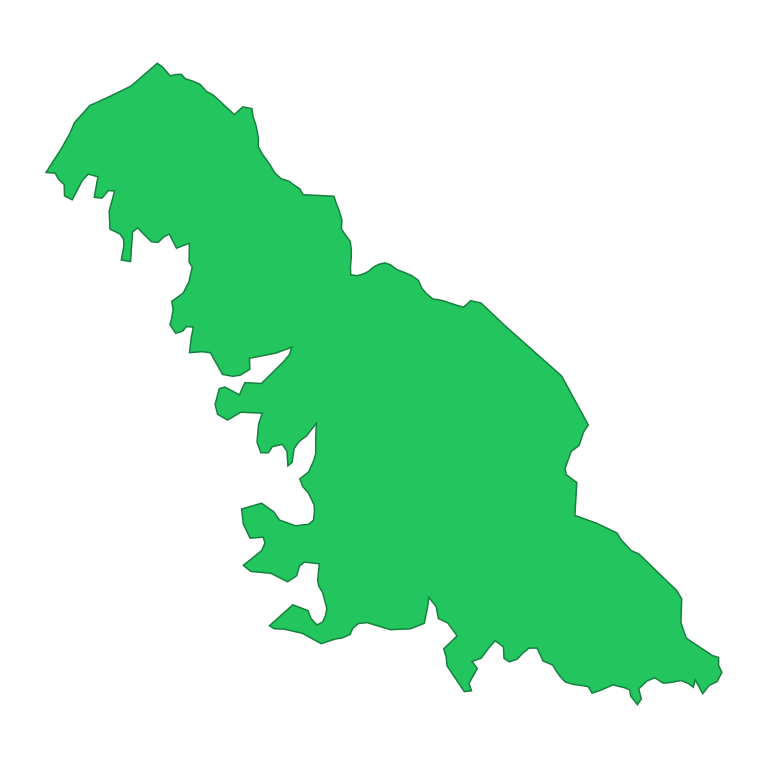 São Nicolau, Rio Grande do Sul, Brazil
{"feature_id": "56859067B99796327021212", "entity_name": "São Nicolau", "entity_type": "district", "adm_level": 2, "iso_a3": "BRA", "parent_name": "Brazil", "parent_adm1": "Rio Grande do Sul", "projection": "robinson", "projection_center": [-55.266, -28.189], "detail": "fine", "context": "isolated", "style": "filled", "palette": "green", "viewbox_px": 768, "rotation_deg": 0, "n_neighbors": 0, "source": "geoboundaries", "source_scale": "gbopen_adm2", "svg_char_len": 3451}
<svg xmlns="http://www.w3.org/2000/svg" viewBox="0 0 768 768"><path d="M561.7,376.1L504.5,325.3L480.9,302.9L470.7,300.7L463.7,307.1L458.4,305.8L451.7,303.6L444.2,301.1L439.0,299.8L432.9,299.0L426.3,293.6L421.6,287.8L418.6,280.6L411.6,275.5L404.0,272.3L397.0,269.7L390.5,264.8L385.0,262.9L379.5,264.1L374.1,266.6L368.6,271.3L363.7,273.8L357.2,275.7L350.7,274.8L350.5,266.6L351.3,257.1L351.3,249.0L350.2,241.4L345.2,234.6L341.4,229.0L341.9,219.9L339.2,210.7L336.6,204.2L333.9,196.2L303.1,194.7L299.7,188.7L294.3,185.2L288.7,181.1L281.3,178.8L274.8,172.9L270.4,165.4L266.7,160.0L262.3,154.1L258.3,146.6L258.4,138.9L257.3,132.1L255.9,125.0L253.1,116.9L251.9,108.6L242.7,106.9L234.3,114.6L213.4,95.2L206.5,91.4L199.9,84.2L192.4,81.0L185.2,78.7L181.3,74.3L176.0,74.5L170.2,75.8L162.4,66.8L157.2,63.3L137.5,80.5L130.9,86.1L110.3,96.2L95.9,102.8L89.8,105.5L74.4,122.7L70.0,133.2L60.6,149.9L53.0,161.5L46.1,172.4L55.1,173.2L58.7,179.4L64.2,184.6L64.5,195.9L72.2,199.8L82.4,180.3L88.2,174.1L97.9,176.8L94.3,197.4L102.1,198.1L108.3,190.6L114.6,191.0L109.2,211.1L110.0,229.2L120.0,234.0L123.6,239.2L123.8,246.3L121.3,260.0L130.5,261.6L132.6,231.9L137.6,227.9L151.4,241.8L158.0,242.4L164.3,236.6L169.3,234.0L176.5,248.2L189.4,243.2L189.1,262.2L192.2,267.0L188.9,281.9L183.1,293.2L171.8,301.3L173.1,309.8L171.5,319.1L169.9,324.6L175.7,333.3L182.6,331.2L186.4,326.6L193.3,327.1L191.2,337.9L189.5,352.7L201.9,351.7L210.4,352.7L222.5,374.4L232.8,376.3L240.2,375.2L249.8,369.3L249.5,358.3L275.8,353.1L291.7,347.3L289.5,354.4L284.0,361.2L261.4,383.5L244.9,382.6L239.4,394.8L224.7,387.0L219.2,388.7L215.1,404.5L217.6,414.3L227.5,420.1L240.8,412.2L262.2,413.2L258.6,424.2L257.0,442.0L260.9,452.7L268.3,452.8L272.4,446.6L282.4,444.4L287.0,451.4L287.9,465.9L292.1,462.4L294.0,448.8L299.1,441.5L306.7,435.7L316.3,423.3L315.7,438.6L315.7,453.5L313.8,460.5L308.6,471.9L299.8,478.9L302.8,486.7L308.3,492.8L311.8,500.0L314.3,505.4L314.4,511.9L313.5,520.0L308.8,524.2L295.6,525.8L279.4,520.0L273.8,511.9L261.5,503.2L241.6,509.0L243.3,524.2L250.1,538.2L263.2,537.2L265.0,543.1L261.7,550.5L254.6,556.3L243.3,565.3L250.7,571.4L270.8,573.3L287.6,581.8L296.7,575.7L299.5,566.0L304.4,562.1L319.3,563.8L317.6,580.5L318.8,586.3L322.6,592.5L326.8,608.4L325.5,615.8L322.6,622.0L316.9,624.9L311.1,618.7L308.0,610.6L292.8,604.8L269.4,625.8L274.5,628.8L283.8,629.1L302.3,633.3L321.3,643.7L335.2,639.0L341.7,638.1L350.0,634.6L352.7,628.4L358.4,623.6L367.0,622.6L390.4,629.7L410.5,628.8L424.3,623.3L427.9,605.1L428.8,597.3L436.2,606.7L438.4,618.5L447.8,623.0L457.1,635.9L443.7,648.8L446.2,657.3L447.1,666.0L464.3,691.6L471.5,690.8L469.0,683.4L477.3,668.5L472.0,661.4L481.2,658.2L489.1,647.5L495.1,640.8L503.4,646.8L504.0,658.4L509.2,661.8L517.1,659.2L522.7,653.3L528.9,648.1L537.1,648.1L543.1,661.1L552.7,665.0L555.8,670.4L559.7,675.9L565.1,681.9L573.4,684.4L582.2,685.6L588.3,686.7L592.1,693.1L599.8,690.6L613.1,684.8L618.4,686.3L623.9,687.5L629.7,689.8L630.7,696.1L637.4,704.7L641.3,698.9L638.7,688.9L647.0,680.9L655.0,677.8L663.0,683.1L669.3,682.7L681.4,680.5L688.9,683.8L693.3,687.3L695.2,679.9L699.6,687.7L702.7,693.7L709.2,685.4L717.0,681.7L721.9,672.4L718.6,665.4L718.6,657.5L712.3,655.5L686.2,638.1L680.9,622.6L681.7,598.9L676.5,590.2L671.0,585.1L639.3,554.3L631.0,550.4L621.4,540.1L616.9,533.0L597.2,523.5L585.1,519.1L574.9,515.5L576.8,482.6L566.1,474.5L565.0,468.6L571.2,451.4L579.0,445.6L583.7,431.8L588.3,425.0L561.7,376.1Z" fill="#22c55e" stroke="#15803d" stroke-width="1.5"/></svg>